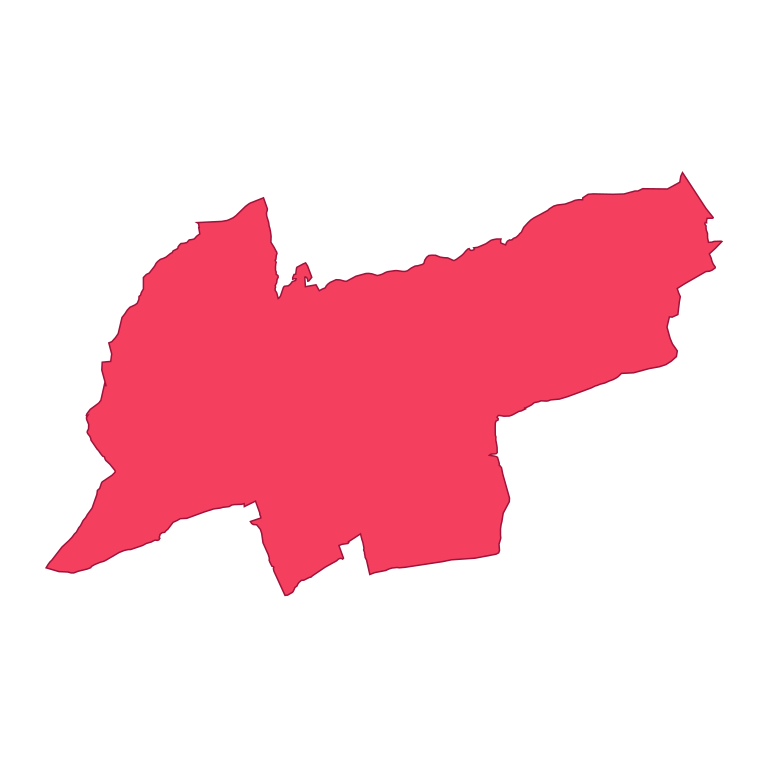 Greci, Mehedinti, Romania (orthographic projection)
{"feature_id": "2599482B189071203417", "entity_name": "Greci", "entity_type": "district", "adm_level": 2, "iso_a3": "ROU", "parent_name": "Romania", "parent_adm1": "Mehedinti", "projection": "orthographic", "projection_center": [23.11, 44.567], "detail": "fine", "context": "isolated", "style": "filled", "palette": "rose", "viewbox_px": 768, "rotation_deg": 0, "n_neighbors": 0, "source": "geoboundaries", "source_scale": "gbopen_adm2", "svg_char_len": 6084}
<svg xmlns="http://www.w3.org/2000/svg" viewBox="0 0 768 768"><path d="M676.4,356.6L677.3,350.9L672.4,343.9L670.1,338.4L667.0,327.1L669.4,316.9L672.3,317.1L677.9,314.5L679.3,302.2L680.3,296.6L678.7,293.0L677.2,288.5L684.6,283.8L705.8,271.6L709.5,271.2L712.0,270.2L715.2,267.9L715.2,266.9L713.2,264.1L712.0,261.3L711.1,257.9L709.3,253.9L715.6,248.1L721.9,241.5L721.1,241.2L714.1,241.4L711.7,242.2L708.5,242.3L707.6,238.1L707.5,233.4L706.2,229.8L706.0,227.2L706.1,225.9L705.1,224.6L704.8,223.4L705.3,222.6L706.6,222.8L706.5,221.1L707.1,218.3L712.8,218.2L713.2,217.5L706.0,208.5L682.5,172.6L680.8,176.2L679.8,182.2L667.4,189.0L642.7,188.7L637.9,191.0L635.0,191.0L623.9,194.0L613.1,194.3L593.2,193.9L588.1,194.3L582.8,197.8L582.6,199.8L578.9,199.7L575.1,200.3L571.1,202.0L565.0,204.1L557.4,205.0L553.7,206.1L549.4,208.8L547.8,210.4L533.9,217.9L530.8,220.0L528.0,222.7L523.7,227.4L521.4,232.2L519.7,233.7L518.8,234.9L516.3,237.2L513.1,238.6L512.5,239.5L510.5,240.2L509.6,239.9L507.5,241.1L506.4,242.7L505.6,244.9L500.8,243.0L500.6,240.6L501.0,239.0L496.6,239.0L492.9,239.7L490.8,240.4L486.0,243.7L483.3,244.9L477.6,247.3L473.7,247.8L474.4,249.1L473.8,249.8L472.0,250.4L470.3,250.3L469.2,248.6L467.9,249.0L465.8,251.0L463.6,253.7L461.9,255.3L456.5,259.3L454.4,260.4L453.5,260.5L447.8,257.9L444.3,257.7L440.1,257.1L435.7,255.3L431.7,255.2L428.9,255.5L426.7,257.2L424.8,260.1L423.9,263.3L422.5,264.4L418.0,265.7L415.0,266.1L411.3,268.0L407.4,270.8L405.2,271.4L402.6,271.4L397.0,270.6L395.3,270.6L388.0,271.6L385.6,272.4L382.4,274.1L379.1,275.2L377.1,275.5L371.8,273.8L368.7,273.4L365.9,273.5L356.0,276.2L346.4,281.3L344.4,281.1L339.9,279.9L336.1,279.7L330.1,282.4L327.9,284.1L326.4,285.7L325.2,287.9L322.2,289.1L319.3,290.7L316.0,284.8L305.4,286.7L304.8,277.2L305.6,276.9L307.3,278.4L307.8,281.2L308.8,281.0L311.8,277.3L307.6,266.0L305.6,262.9L303.2,263.9L296.9,267.3L296.5,268.3L295.7,274.2L294.0,274.5L292.7,277.7L292.7,279.2L294.6,278.7L296.1,278.8L295.6,280.4L292.2,281.7L290.4,284.1L288.3,285.8L284.3,286.3L283.4,287.4L280.5,296.0L279.4,297.6L278.2,298.5L276.8,293.0L275.2,290.3L275.1,288.3L275.6,287.2L275.2,285.6L276.7,282.6L277.0,279.7L278.2,277.3L278.0,275.7L276.1,274.1L276.2,272.1L275.5,270.2L275.5,266.5L275.8,263.7L276.2,262.4L275.1,260.2L275.9,259.3L276.3,255.4L277.0,253.6L276.7,252.1L275.6,250.3L274.3,247.7L270.9,242.2L271.1,236.3L270.5,231.6L269.7,227.8L269.2,226.4L268.6,222.2L266.8,216.4L266.6,215.1L266.5,212.7L267.2,210.6L267.4,208.9L263.5,197.8L250.4,203.0L248.8,203.9L245.5,206.4L235.8,215.8L233.1,217.8L228.8,219.8L226.9,220.5L221.7,221.4L197.0,222.6L198.5,223.5L199.2,227.3L198.7,227.4L199.8,233.9L196.7,236.2L194.3,238.9L192.1,239.5L189.2,239.9L186.8,242.6L183.6,243.3L181.0,243.5L179.6,244.8L178.2,246.6L177.9,248.1L177.1,248.9L173.2,250.8L172.1,252.7L170.5,253.5L166.2,257.0L163.5,258.3L160.3,259.4L157.6,261.6L156.1,263.3L154.6,266.2L149.3,273.0L146.3,274.5L143.4,277.5L143.4,289.0L141.4,292.4L140.5,295.3L139.0,296.4L138.9,299.4L137.2,303.3L135.0,304.9L129.9,307.3L127.3,310.1L124.9,313.8L122.0,317.5L118.2,333.6L115.5,337.6L111.8,341.7L108.8,342.9L111.7,353.9L110.7,361.4L102.2,362.2L101.8,370.1L106.2,386.3L104.6,383.7L100.8,400.6L100.2,401.1L99.0,402.8L97.5,404.0L90.2,409.4L87.0,413.7L86.3,415.4L86.3,415.7L86.7,416.0L87.7,415.5L86.5,417.5L86.5,418.5L86.7,419.6L88.7,424.5L88.5,429.0L87.3,431.2L87.2,432.4L87.8,433.7L89.9,436.4L90.8,438.6L90.9,440.0L97.1,449.1L98.3,450.3L100.6,453.6L102.6,456.1L104.4,456.9L105.2,459.4L105.9,460.5L109.8,464.1L114.9,470.4L115.2,471.6L115.0,472.3L112.1,475.2L102.3,481.8L101.5,483.0L99.7,488.4L97.4,490.4L96.9,494.4L92.1,508.1L87.3,514.7L85.7,517.6L83.1,520.6L80.5,525.7L78.8,527.7L76.4,532.1L74.4,534.0L72.0,537.3L68.8,540.7L62.0,547.0L51.7,560.3L50.0,561.9L48.1,564.5L46.1,567.8L58.9,571.6L67.8,572.0L71.0,572.9L73.9,572.9L78.0,571.3L87.3,569.0L90.7,567.7L91.5,566.4L94.6,564.6L100.1,562.3L103.7,561.3L105.6,560.4L119.1,552.5L124.1,550.5L128.0,549.6L130.7,549.5L142.5,545.5L146.4,543.4L151.3,542.0L154.1,540.5L155.4,540.1L157.3,540.4L158.9,539.9L159.7,538.5L159.4,538.5L159.3,536.8L159.9,535.6L159.8,534.8L160.2,534.2L162.1,532.7L164.7,532.3L166.3,530.4L167.7,529.4L173.1,522.3L177.1,520.5L180.2,518.7L186.9,518.3L204.1,512.0L213.7,508.9L220.0,508.1L223.0,507.3L229.1,506.6L231.8,505.0L234.2,504.6L241.6,504.3L244.1,503.6L244.3,506.6L255.5,501.1L259.8,513.1L259.8,514.3L260.8,517.1L260.8,518.0L250.4,521.5L251.7,523.5L253.3,524.5L256.7,524.8L260.4,529.4L261.7,533.5L263.0,542.8L268.2,554.4L269.2,557.7L269.3,559.0L269.1,560.1L269.8,562.0L271.9,566.2L273.6,566.7L273.8,567.5L273.4,568.3L273.4,568.9L273.9,571.1L285.0,595.4L287.7,595.1L292.6,592.2L293.5,590.8L295.0,587.4L296.9,586.1L297.8,584.1L299.0,582.4L301.5,580.3L303.8,580.2L309.4,577.4L311.0,577.1L312.4,575.8L325.4,567.0L336.6,560.8L338.4,559.1L339.8,558.5L341.2,558.4L342.7,559.1L343.5,558.2L338.9,545.5L342.1,544.3L347.8,543.5L348.8,542.5L348.4,541.8L360.5,533.9L361.9,539.5L362.9,542.5L364.0,548.3L363.6,549.9L364.6,552.7L364.5,553.5L365.0,555.8L365.2,557.6L366.5,560.0L369.8,574.5L374.8,572.6L385.6,570.5L389.1,568.9L392.1,568.0L397.0,567.5L399.3,567.8L405.0,567.3L442.7,561.6L451.4,559.8L474.9,558.2L496.0,554.2L498.7,552.8L499.5,550.3L499.0,544.2L500.8,538.1L500.5,535.0L500.5,529.1L501.1,524.5L501.8,521.9L503.2,513.2L509.3,501.7L509.5,498.0L502.8,474.2L501.5,467.7L499.9,465.7L499.3,465.5L499.3,463.5L497.5,457.3L495.9,456.5L494.4,456.1L489.3,455.3L489.9,454.7L491.2,454.1L494.7,453.9L496.3,453.6L497.2,452.6L497.1,447.7L496.8,445.3L495.8,440.0L495.9,436.7L495.3,435.2L495.2,427.8L495.3,423.1L496.0,421.1L498.1,420.0L498.2,418.6L497.4,417.8L497.0,417.2L498.3,415.5L499.7,415.5L504.0,416.2L509.5,416.0L512.5,414.9L518.9,411.4L521.3,410.9L525.7,408.8L525.5,408.4L523.9,408.0L525.5,407.9L529.5,406.0L531.3,405.0L534.4,402.6L538.4,401.8L541.1,400.8L546.1,401.1L548.1,400.9L550.6,399.9L559.4,399.1L567.7,396.6L591.5,387.8L595.5,385.8L596.7,385.6L600.1,384.2L604.8,383.0L609.0,381.1L613.3,379.5L616.3,377.9L618.3,376.5L621.4,373.4L633.6,372.8L649.1,368.6L659.6,366.7L665.9,364.6L671.2,361.2L676.4,356.6Z" fill="#f43f5e" stroke="#9f1239" stroke-width="1.5"/></svg>